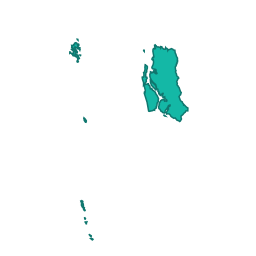 Khura Buri, Phangnga, Thailand (Equal Earth projection), rotated 345°
{"feature_id": "78962969B83869415857059", "entity_name": "Khura Buri", "entity_type": "district", "adm_level": 2, "iso_a3": "THA", "parent_name": "Thailand", "parent_adm1": "Phangnga", "projection": "equal_earth", "projection_center": [98.156, 8.977], "detail": "fine", "context": "isolated", "style": "filled", "palette": "teal", "viewbox_px": 256, "rotation_deg": 345, "n_neighbors": 0, "source": "geoboundaries", "source_scale": "gbopen_adm2", "svg_char_len": 5760}
<svg xmlns="http://www.w3.org/2000/svg" viewBox="0 0 256 256"><g transform="rotate(345 128 128)"><path d="M190.3,62.5L189.4,62.9L187.3,62.8L186.5,63.5L186.7,62.1L186.1,61.2L185.8,61.3L185.5,61.0L185.2,60.0L184.4,61.5L182.9,61.1L182.2,59.9L181.7,59.6L181.7,58.3L180.6,57.8L180.1,59.0L180.0,58.6L178.0,57.4L177.2,57.3L176.7,56.8L176.6,56.0L176.1,55.7L175.8,54.7L175.1,54.9L174.9,55.7L175.0,58.4L174.0,58.4L173.7,57.8L173.0,58.0L172.5,58.6L171.9,60.4L171.4,66.0L170.8,66.6L170.4,66.1L169.6,66.7L168.9,67.7L169.1,68.3L169.5,68.8L170.1,68.7L169.7,71.1L168.8,73.1L166.8,75.5L166.7,76.3L167.0,77.1L169.9,78.6L170.1,79.2L169.8,79.3L169.8,81.6L170.2,82.6L169.6,83.0L168.7,82.6L167.3,80.3L166.7,80.2L166.4,80.9L165.0,80.9L164.9,79.9L164.3,79.5L163.9,80.7L163.0,81.8L162.5,84.0L162.5,85.3L163.0,87.8L164.1,90.4L166.0,93.2L165.9,93.5L166.1,95.5L165.8,96.5L166.2,97.9L166.9,98.3L166.4,100.3L166.6,100.6L166.8,100.3L167.1,100.8L166.9,101.6L167.8,104.2L167.7,104.7L168.7,104.8L170.1,103.5L170.9,103.7L170.8,104.1L169.5,105.0L170.2,107.8L171.5,107.4L171.2,109.5L171.8,109.8L172.7,111.1L172.5,111.4L172.6,111.9L171.8,112.2L171.0,111.4L170.3,111.5L170.4,111.0L169.8,109.7L168.3,109.7L168.0,110.0L168.1,109.7L167.9,109.6L167.7,109.9L166.7,110.0L164.3,112.6L164.1,113.3L164.3,113.7L163.0,115.4L162.9,117.3L163.8,118.3L164.1,120.2L165.0,120.8L165.2,121.6L165.7,122.2L167.1,123.0L167.6,122.7L168.4,120.9L169.4,120.0L170.4,119.7L170.6,119.2L171.6,118.4L172.9,116.8L174.5,116.6L174.6,116.9L173.9,117.9L172.9,117.9L172.3,118.3L171.9,119.2L172.4,118.9L171.9,119.7L172.0,120.2L169.1,122.9L168.9,123.5L168.9,124.5L169.8,124.5L171.4,125.1L172.1,126.2L172.5,127.9L173.1,128.7L174.8,130.5L176.2,130.5L177.3,133.1L178.8,134.1L179.6,135.1L180.4,134.8L182.0,133.1L181.9,131.9L182.3,130.2L184.4,129.3L186.3,127.9L187.2,127.7L188.5,126.4L190.2,126.9L191.0,124.3L190.9,123.8L190.1,123.4L188.4,120.3L187.7,120.3L187.9,119.4L187.2,118.0L187.2,116.8L186.4,116.2L185.7,114.7L185.4,110.9L186.7,109.7L187.3,109.6L188.6,107.5L188.1,106.4L187.8,102.0L187.2,101.2L187.3,100.5L186.5,99.0L187.2,97.6L187.0,95.8L188.6,94.0L188.8,93.4L189.9,93.0L189.8,92.0L188.9,90.9L188.6,89.8L188.8,88.5L188.4,86.5L188.6,85.6L189.2,85.2L189.0,83.9L189.4,81.4L189.8,80.9L190.3,80.7L191.2,79.4L191.1,78.9L192.0,78.5L191.9,77.8L192.3,77.3L193.0,77.0L193.1,76.4L192.9,75.9L193.5,75.4L193.4,74.6L193.9,73.3L193.3,71.2L193.4,70.2L193.2,68.3L193.0,67.7L193.4,65.0L192.0,64.4L191.7,63.5L190.3,62.5ZM158.5,90.4L154.5,90.7L154.5,95.8L154.0,97.3L153.7,97.5L153.6,98.4L153.1,98.8L152.9,98.2L152.7,98.6L153.1,108.0L152.3,117.0L152.8,117.4L156.3,117.6L157.5,117.3L158.2,117.7L158.3,116.9L160.6,115.9L160.7,114.8L161.6,114.0L162.7,111.3L164.1,110.4L164.3,109.0L165.1,107.6L164.5,104.2L163.7,102.0L163.7,100.6L162.2,98.4L161.5,97.9L161.2,96.0L160.8,95.9L160.5,96.4L159.7,96.0L159.9,93.1L159.5,92.1L159.0,91.9L158.7,91.2L158.8,90.8L158.5,90.4ZM162.6,73.8L162.3,72.9L161.3,72.0L161.3,71.5L161.0,71.3L160.0,73.8L159.7,75.6L158.3,78.2L157.4,78.5L157.4,79.8L156.7,82.2L156.2,82.9L155.3,82.9L155.0,82.5L154.8,82.8L154.6,84.5L154.8,88.3L154.2,90.3L155.0,89.6L155.7,89.6L157.0,88.3L157.7,88.1L158.1,86.0L159.4,84.8L159.3,83.8L158.5,83.6L158.5,82.4L159.5,79.4L160.6,78.7L161.1,76.9L162.1,75.4L162.6,73.8ZM100.4,32.6L99.3,32.0L98.4,32.3L98.3,33.1L97.3,33.2L97.1,33.9L97.0,33.7L95.9,33.9L95.0,33.6L95.0,34.3L94.5,35.5L95.3,35.7L95.8,37.6L95.5,37.8L94.7,37.0L93.7,37.3L94.4,38.5L95.3,38.4L95.6,38.7L96.1,38.3L96.6,38.5L96.9,40.2L97.6,40.5L98.6,41.8L98.8,41.3L98.2,40.3L98.3,39.6L97.4,37.6L97.4,36.3L98.4,36.2L98.7,36.9L99.8,37.9L100.0,38.5L101.3,39.2L101.6,40.4L102.2,39.4L101.8,38.4L102.2,38.0L100.7,37.2L100.5,36.7L100.6,35.8L101.1,36.0L102.1,35.2L102.0,34.2L101.8,34.1L101.6,34.6L101.3,34.5L100.5,33.7L100.4,32.6ZM165.7,95.2L165.6,94.0L161.9,87.9L161.5,90.0L161.8,93.0L164.8,98.5L165.5,97.8L165.7,95.2ZM96.4,39.9L95.1,40.0L95.2,40.5L94.6,41.2L94.9,41.5L94.6,42.3L93.1,41.3L92.8,41.5L92.8,41.9L93.3,42.4L93.6,43.9L94.5,44.4L95.1,44.2L95.7,44.5L95.6,45.2L97.1,46.5L97.5,48.7L99.0,48.3L98.5,45.2L97.6,45.0L97.8,43.9L96.1,43.6L96.1,43.1L97.2,42.3L96.8,40.4L96.4,39.9ZM64.9,188.9L64.2,188.8L64.6,189.2L64.4,189.6L63.3,189.7L63.0,190.5L63.3,191.2L63.2,192.1L64.1,193.5L64.0,194.8L64.3,196.1L64.6,196.6L65.2,196.6L65.3,196.3L64.7,194.7L65.2,193.7L64.7,193.4L64.6,192.8L65.1,189.9L64.9,188.9ZM88.9,111.6L89.6,110.5L89.6,110.0L88.8,107.9L88.1,106.8L87.7,107.6L88.1,109.1L87.7,109.4L88.4,111.4L88.9,111.6ZM63.9,224.9L63.2,225.0L64.4,226.7L64.7,226.9L65.4,226.4L64.8,225.7L64.3,225.6L63.9,224.9ZM168.0,79.1L167.7,79.3L167.8,80.1L169.0,81.8L168.7,80.1L168.0,79.1ZM62.2,207.6L62.1,207.0L63.0,210.4L63.0,210.1L63.2,208.9L63.5,208.6L63.4,208.2L62.2,207.6ZM96.7,49.5L96.0,50.3L96.1,51.2L96.6,51.4L96.9,50.9L97.2,50.9L97.1,49.9L96.7,49.5ZM64.3,223.2L64.6,222.9L64.6,222.6L62.7,220.5L63.7,222.8L64.3,223.2ZM64.6,186.2L64.0,186.6L63.5,186.4L63.5,186.8L64.0,187.3L64.4,187.2L65.0,187.9L65.4,187.2L64.6,186.2ZM63.5,204.4L63.1,203.6L62.9,202.9L62.7,204.7L63.2,204.9L63.5,204.4ZM92.1,39.8L91.5,39.5L91.1,40.9L91.8,40.8L92.1,39.8ZM167.2,126.2L166.6,125.3L165.7,124.4L166.4,125.8L167.2,126.2ZM163.5,58.2L163.8,57.1L163.5,56.9L163.1,57.4L163.5,58.2ZM167.6,104.4L167.5,103.6L167.3,103.1L167.0,103.6L167.6,104.4ZM102.5,29.4L101.9,29.1L101.9,29.5L102.4,30.2L102.5,29.4ZM169.6,107.7L170.2,107.9L169.8,107.0L169.6,107.7ZM167.1,103.3L166.7,102.4L166.6,103.2L166.8,102.7L166.9,103.4L167.1,103.3ZM101.1,45.4L100.5,45.0L100.3,45.0L100.9,45.7L101.1,45.4ZM169.5,82.2L169.5,81.9L169.1,81.1L169.2,81.9L169.5,82.2ZM171.4,119.7L171.6,119.4L171.6,119.1L171.1,119.4L171.4,119.7ZM64.1,207.8L63.7,207.6L64.5,208.5L64.1,207.8ZM159.0,91.0L159.1,90.5L158.6,90.3L158.8,90.5L159.0,91.0ZM173.7,117.3L173.8,117.2L173.2,117.2L173.7,117.3Z" fill="#14b8a6" stroke="#0f766e" stroke-width="1.5"/></g></svg>